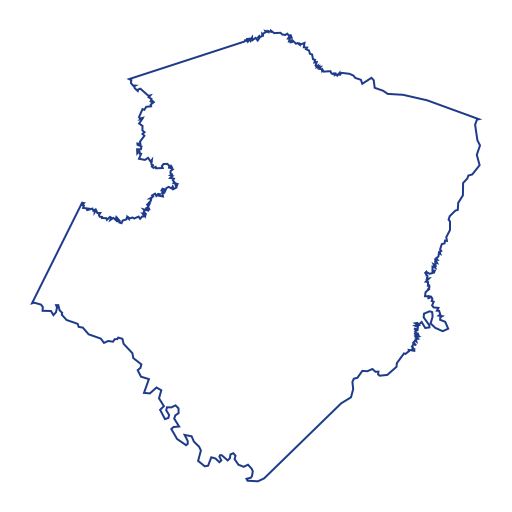 outline of Miraflores, Guaviare, Colombia
{"feature_id": "7082276B64059951678143", "entity_name": "Miraflores", "entity_type": "district", "adm_level": 2, "iso_a3": "COL", "parent_name": "Colombia", "parent_adm1": "Guaviare", "projection": "albers", "projection_center": [-71.841, 1.327], "detail": "fine", "context": "isolated", "style": "outline", "palette": "blue", "viewbox_px": 512, "rotation_deg": 0, "n_neighbors": 0, "source": "geoboundaries", "source_scale": "gbopen_adm2", "svg_char_len": 5970}
<svg xmlns="http://www.w3.org/2000/svg" viewBox="0 0 512 512"><path d="M341.2,403.3L351.0,397.3L353.2,389.1L352.4,382.0L353.8,378.7L357.4,377.8L362.3,370.9L367.4,371.2L372.4,369.0L375.5,371.8L378.4,371.6L378.1,374.4L379.7,375.7L387.3,374.9L396.5,366.8L396.9,363.1L404.0,353.4L405.5,353.9L408.9,351.2L408.7,349.9L414.3,350.8L414.3,349.2L412.2,349.3L413.0,347.5L412.0,346.7L413.3,344.4L416.2,345.0L413.2,342.8L415.0,340.7L416.4,341.6L415.7,339.2L418.0,338.8L416.0,337.2L418.3,336.6L416.3,335.9L418.5,335.2L417.8,333.6L415.9,335.3L414.9,333.7L416.0,332.8L415.1,331.4L416.8,330.5L414.1,328.4L417.6,329.6L417.9,327.0L415.3,325.8L418.4,325.3L415.2,323.3L417.2,322.9L419.0,324.5L421.6,322.0L425.3,328.0L429.4,327.4L429.4,325.4L423.7,317.4L424.0,313.7L429.6,311.3L432.2,312.1L432.6,316.7L430.6,323.4L435.3,327.9L442.7,331.2L448.2,328.7L445.2,321.8L440.1,319.8L440.3,317.3L442.2,316.2L438.8,315.6L440.3,314.5L439.1,310.8L436.9,310.7L438.4,307.9L433.6,307.4L432.1,305.5L433.7,301.7L431.7,301.0L432.4,298.9L431.2,296.7L429.5,296.3L429.9,297.6L428.4,298.2L428.0,296.3L425.0,296.2L425.6,292.1L429.8,288.6L428.3,288.9L429.5,286.9L429.2,285.4L427.9,285.7L428.1,282.1L425.8,281.7L429.0,278.5L426.8,278.9L427.5,276.0L425.2,272.9L426.1,272.0L426.3,273.6L427.0,272.3L429.6,273.8L434.0,272.6L434.8,270.6L432.5,271.0L432.5,266.6L435.2,267.7L433.6,264.3L435.6,265.4L435.2,262.0L437.0,262.8L435.4,259.6L437.5,259.8L436.3,258.1L438.4,256.5L438.9,253.0L440.3,253.8L439.6,251.6L441.2,251.0L440.1,249.3L441.8,244.1L444.5,243.4L445.1,240.6L446.9,240.9L446.3,237.1L450.0,230.0L450.0,221.4L448.6,219.7L449.7,216.2L455.4,210.6L457.8,209.9L458.2,202.9L462.9,195.4L463.1,183.0L467.4,178.4L468.3,175.6L472.3,174.4L479.6,165.2L476.8,154.8L480.0,145.4L477.4,140.3L475.1,124.7L476.9,119.7L478.9,119.2L427.1,100.3L403.0,94.8L387.7,93.9L383.2,90.8L374.7,87.8L373.7,80.3L371.5,77.8L362.3,83.8L360.9,79.8L355.2,77.9L353.5,75.6L349.4,73.8L341.1,72.8L340.3,74.7L338.7,74.7L338.9,73.6L337.8,74.9L337.6,73.8L337.1,75.4L335.9,74.0L335.1,74.6L335.3,73.4L334.0,73.4L334.3,74.5L331.4,73.4L330.4,71.2L323.5,71.6L322.5,69.6L322.0,70.6L321.6,69.2L319.2,68.8L320.5,67.1L318.6,67.6L319.1,66.2L316.9,67.1L317.4,65.9L316.3,66.6L315.9,65.3L315.3,66.3L316.7,62.1L314.4,62.5L315.1,59.9L313.0,59.2L312.1,54.5L309.9,53.8L309.0,50.5L306.0,49.2L307.0,47.6L303.8,47.3L304.5,42.9L301.1,44.3L299.7,43.6L299.8,44.8L297.5,43.1L296.0,43.7L292.2,40.1L291.9,42.1L290.7,42.3L290.8,41.2L289.0,41.4L289.9,38.9L288.0,38.6L289.2,36.8L291.5,37.3L290.7,35.2L288.8,35.5L287.3,33.7L285.2,35.0L282.1,34.4L280.5,32.8L274.1,33.1L271.0,30.7L270.9,31.8L267.8,31.0L268.1,32.1L265.4,31.1L265.9,32.1L263.2,33.5L263.0,35.0L262.2,34.1L262.3,35.9L260.0,37.2L259.3,36.0L258.0,37.4L259.1,38.4L257.7,40.5L255.6,37.9L252.4,40.2L252.1,37.5L250.6,40.3L250.3,38.6L248.6,38.8L249.5,39.6L248.0,41.5L247.1,38.2L246.6,40.9L245.2,40.2L244.6,41.5L129.1,79.1L131.3,80.2L130.9,82.9L132.8,85.4L135.4,85.6L134.0,86.4L134.8,88.3L137.8,91.0L138.3,89.4L140.4,88.7L148.4,95.8L150.3,95.4L148.7,97.3L151.5,98.9L150.6,101.4L151.6,101.9L151.9,100.5L153.8,102.1L150.7,104.6L151.1,106.3L146.3,106.8L144.3,109.8L142.5,109.1L139.0,117.2L140.0,118.5L141.7,118.1L140.4,119.3L142.2,119.0L139.1,123.5L142.5,125.9L142.4,130.4L144.5,132.2L142.5,133.9L144.4,135.8L140.0,141.6L140.4,143.9L137.4,143.5L137.6,144.9L141.5,146.4L140.9,149.2L137.1,149.3L137.3,153.4L139.4,151.0L139.9,153.7L141.1,153.8L139.0,158.8L145.0,159.9L148.1,157.8L150.6,161.6L151.9,159.9L151.4,164.1L152.0,165.4L153.6,164.8L151.9,166.6L153.6,167.9L155.7,166.9L156.1,168.3L162.7,168.0L161.9,166.0L163.6,164.0L167.4,163.9L169.3,165.9L169.0,167.7L170.3,167.9L171.1,166.0L171.9,167.2L170.7,167.9L172.8,169.3L170.6,171.0L170.4,172.9L171.6,174.3L172.7,173.8L170.3,175.3L172.5,176.0L170.2,178.0L173.9,178.7L172.9,180.5L174.5,182.3L173.7,183.0L177.6,184.0L177.1,185.2L175.9,183.6L175.2,184.0L176.4,187.6L172.3,189.7L173.5,188.4L172.7,186.5L171.7,188.5L168.7,186.9L166.5,188.0L165.1,191.1L164.6,189.3L162.5,188.7L161.5,190.5L163.4,191.2L163.5,193.0L162.3,192.9L163.0,196.5L158.9,195.7L159.9,194.2L158.1,193.9L156.3,195.9L155.1,193.7L152.1,195.4L153.1,196.6L149.8,198.6L151.3,198.7L150.9,200.6L147.2,204.6L147.7,205.7L149.1,204.8L148.1,206.9L149.0,208.7L145.6,207.8L149.0,210.8L143.4,209.3L144.4,210.5L143.5,212.6L145.8,213.9L145.4,215.3L145.0,213.8L144.4,214.9L143.1,214.3L144.6,216.4L142.0,216.6L140.1,218.8L138.6,216.6L134.2,218.5L132.5,217.5L129.9,218.4L127.9,217.0L128.4,218.7L126.9,217.6L126.2,219.5L122.7,220.5L121.5,223.2L119.4,222.5L119.8,221.0L118.0,218.9L118.4,221.2L116.9,221.2L116.0,218.2L115.5,219.8L113.4,217.9L110.4,219.9L111.3,217.7L110.0,216.9L106.9,219.8L106.3,218.2L101.9,218.0L102.0,216.9L99.7,216.7L98.9,215.1L100.2,213.0L97.4,213.1L96.1,210.2L94.7,212.3L94.9,209.8L93.3,210.7L92.4,208.6L86.5,210.3L88.3,208.6L83.1,207.9L83.9,205.7L82.3,205.1L84.0,203.1L82.1,202.7L32.0,303.3L34.3,302.7L41.0,304.6L42.8,307.0L42.6,310.8L51.0,311.0L53.4,315.1L56.0,312.2L57.0,307.7L56.1,305.1L58.3,305.1L59.6,310.3L62.2,312.9L61.8,314.7L66.6,320.0L77.6,323.8L78.7,326.9L82.8,327.6L88.6,334.3L100.8,338.6L104.0,342.9L108.2,341.0L113.0,341.7L114.7,339.2L117.3,339.1L118.2,337.6L122.4,338.8L123.6,343.8L132.4,353.2L133.3,358.1L141.4,364.4L140.4,367.9L137.7,370.2L141.0,376.7L148.9,379.1L144.0,392.9L149.9,393.4L156.5,387.5L161.3,390.3L159.0,398.3L163.9,406.2L160.1,409.8L165.0,419.1L168.4,417.9L169.1,415.0L166.2,410.2L167.0,407.3L171.3,407.4L175.5,405.4L178.5,408.3L178.6,413.1L175.3,415.4L174.2,418.6L179.1,426.5L173.6,427.0L171.3,429.0L177.1,439.0L186.1,445.2L187.7,443.9L187.7,440.9L184.6,434.9L191.6,436.3L193.9,441.6L199.1,446.7L200.9,450.5L198.1,460.9L204.8,466.3L208.1,465.7L211.3,457.3L215.5,458.5L219.4,462.2L221.3,460.4L219.4,456.6L220.0,455.2L221.7,455.2L227.7,460.4L229.8,458.4L230.5,454.4L233.3,453.2L235.5,455.7L234.6,459.1L238.4,464.7L243.7,466.8L248.0,464.7L251.7,468.8L252.8,471.4L252.0,476.0L250.9,477.7L246.5,478.8L247.5,480.7L257.9,481.3L264.1,478.4L341.2,403.3Z" fill="none" stroke="#1e3a8a" stroke-width="2"/></svg>